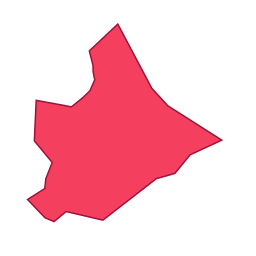 map outline of Beltinci (Mercator projection), rotated 187°
{"feature_id": "SVN-1039", "entity_name": "Beltinci", "entity_type": "Municipality", "adm_level": 1, "iso_a3": "SVN", "parent_name": "Slovenia", "parent_adm1": "", "projection": "mercator", "projection_center": [16.25, 46.606], "detail": "fine", "context": "isolated", "style": "filled", "palette": "rose", "viewbox_px": 256, "rotation_deg": 187, "n_neighbors": 0, "source": "natural_earth", "source_scale": "10m", "svg_char_len": 455}
<svg xmlns="http://www.w3.org/2000/svg" viewBox="0 0 256 256"><g transform="rotate(187 128 128)"><path d="M33.5,127.4L63.0,109.0L76.0,88.6L93.7,81.2L141.7,33.5L179.3,37.5L190.0,26.1L199.5,28.8L219.0,44.8L203.2,57.8L203.4,67.7L199.0,84.5L219.4,103.8L222.5,144.3L186.7,142.1L176.2,153.0L170.3,160.4L166.9,171.8L169.5,179.6L170.3,185.7L175.8,199.8L150.8,229.9L109.2,170.3L91.2,154.9L33.5,127.4Z" fill="#f43f5e" stroke="#9f1239" stroke-width="1.5"/></g></svg>